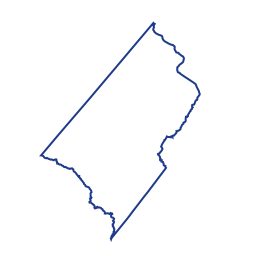 Guarantã do Norte, Mato Grosso, Brazil, rotated 306°
{"feature_id": "56859067B35045654175735", "entity_name": "Guarantã do Norte", "entity_type": "district", "adm_level": 2, "iso_a3": "BRA", "parent_name": "Brazil", "parent_adm1": "Mato Grosso", "projection": "mercator", "projection_center": [-54.654, -9.78], "detail": "fine", "context": "isolated", "style": "outline", "palette": "blue", "viewbox_px": 256, "rotation_deg": 306, "n_neighbors": 0, "source": "geoboundaries", "source_scale": "gbopen_adm2", "svg_char_len": 5194}
<svg xmlns="http://www.w3.org/2000/svg" viewBox="0 0 256 256"><g transform="rotate(306 128 128)"><path d="M129.1,79.6L105.9,77.7L81.1,75.7L54.7,73.8L55.1,74.5L55.3,75.4L55.5,76.0L55.2,77.0L54.9,77.9L55.0,78.8L55.4,79.3L55.7,80.0L56.2,80.1L56.3,81.1L56.4,82.1L56.6,82.7L56.8,83.5L57.1,84.2L57.7,84.9L57.9,85.5L58.1,86.6L58.7,87.0L59.4,87.3L60.0,87.9L60.4,88.5L59.8,89.2L59.2,89.4L58.9,90.4L58.1,91.0L57.6,91.7L58.2,92.1L58.1,92.8L58.1,93.4L58.2,94.1L58.8,94.9L59.0,95.9L58.8,97.0L59.2,97.8L58.9,98.8L59.0,99.6L59.9,100.5L59.8,101.1L59.8,101.7L60.0,102.4L60.0,103.1L60.4,103.6L60.5,104.2L60.6,104.9L61.3,105.3L61.9,105.7L62.0,106.3L62.5,106.7L62.3,107.4L62.4,108.0L61.7,108.7L61.3,109.2L61.0,109.8L61.1,111.1L61.1,111.7L60.4,113.5L60.3,114.1L60.1,114.7L59.8,115.7L60.4,116.7L59.4,117.1L59.6,117.8L59.4,118.4L58.9,119.1L59.1,119.9L58.5,120.7L58.3,122.1L58.2,122.6L57.8,123.1L57.7,123.7L57.6,124.5L56.9,125.2L56.8,126.5L56.6,127.1L56.1,127.7L56.1,128.3L56.4,129.1L56.5,129.8L56.9,130.8L56.9,131.7L56.4,132.5L56.1,133.5L55.9,134.3L55.4,135.4L54.6,136.2L53.8,136.0L53.3,136.1L52.4,136.6L51.8,137.2L51.3,137.6L50.7,137.9L50.4,138.6L50.3,139.3L49.7,139.4L49.1,138.8L48.4,138.8L48.1,139.5L47.7,140.1L47.1,140.6L46.4,140.5L45.6,140.2L45.1,140.8L45.8,141.4L45.8,142.2L45.7,143.1L45.8,143.8L45.5,144.6L45.7,145.1L45.6,145.7L45.5,146.3L45.1,146.9L44.5,147.4L43.8,147.6L43.5,148.4L44.0,149.1L44.7,149.4L45.5,149.9L45.8,149.3L46.3,149.6L46.2,150.5L46.5,151.3L47.0,151.6L47.3,152.5L47.4,153.2L47.1,154.1L47.3,155.1L46.6,156.0L46.6,156.9L46.6,157.7L46.4,158.5L45.9,159.2L45.2,159.5L45.5,160.2L46.1,160.6L46.6,161.1L47.0,161.6L47.3,162.2L47.5,162.9L47.6,163.7L48.3,164.0L49.0,163.9L49.1,164.6L49.5,165.3L49.1,165.8L48.5,165.3L47.5,165.7L46.5,166.3L46.1,167.0L46.3,167.9L46.6,168.4L46.6,169.2L46.4,170.1L45.7,170.4L45.0,170.4L44.2,170.3L43.8,171.0L43.9,171.8L43.1,172.2L42.0,172.4L41.1,172.2L40.7,173.0L39.8,173.1L39.4,173.9L39.3,174.8L38.7,175.3L38.2,175.9L38.1,176.5L37.4,176.8L36.5,177.1L36.2,177.7L35.3,177.4L34.7,178.0L33.8,178.4L33.0,178.0L32.2,178.3L31.4,178.3L30.7,178.3L30.0,178.6L29.1,179.4L52.5,180.6L54.7,180.7L57.0,180.8L58.3,180.8L64.5,180.9L67.7,181.0L71.6,181.1L75.1,181.2L75.7,181.2L82.9,181.4L86.6,181.6L89.4,181.7L92.1,181.7L94.9,181.8L97.7,181.8L100.5,181.9L103.2,181.9L105.7,182.0L108.2,182.0L111.0,182.1L113.4,182.1L115.7,182.2L118.1,182.2L118.4,181.4L118.7,180.8L119.3,180.4L118.9,179.5L118.9,178.8L119.3,178.4L119.8,178.0L120.2,177.5L120.5,177.0L121.0,176.5L121.0,175.8L120.5,175.0L121.6,174.3L121.0,173.8L120.8,173.0L121.4,172.4L122.2,172.5L122.5,171.7L123.1,171.1L123.5,170.5L123.9,169.9L124.1,169.0L124.2,167.8L124.8,167.5L125.9,168.3L126.6,168.4L127.4,168.3L128.2,168.5L129.4,168.5L130.2,168.3L130.8,168.4L131.5,168.0L132.0,167.2L132.1,166.4L132.5,165.7L133.9,165.4L134.7,165.2L136.2,165.0L136.8,165.0L137.5,164.9L138.4,164.8L139.1,165.0L139.8,164.5L140.3,164.9L140.9,165.0L141.4,164.8L142.3,164.8L143.2,164.7L143.9,164.4L144.2,165.1L144.4,165.9L144.9,166.6L145.2,167.1L145.6,168.1L146.5,167.8L147.0,168.2L146.8,169.3L147.7,168.6L148.4,168.9L148.8,169.6L149.9,169.7L151.0,169.9L151.9,169.8L152.7,170.0L153.4,169.7L154.0,169.0L154.5,169.4L155.1,170.1L155.5,170.5L156.3,170.7L157.3,171.1L157.9,171.1L158.6,170.8L159.2,170.4L160.0,170.4L160.6,170.3L161.5,170.1L162.1,169.9L162.9,170.0L163.9,170.4L164.6,170.1L165.0,169.7L165.7,170.1L166.4,170.6L167.1,170.6L168.0,170.3L168.7,169.7L169.5,169.1L170.4,168.7L171.2,168.2L171.7,168.5L171.8,169.4L172.9,169.5L173.5,169.1L174.2,168.8L174.8,168.7L175.4,168.7L177.1,168.5L177.8,168.4L178.4,168.7L179.3,168.2L180.0,168.3L180.6,168.6L181.3,168.2L182.7,168.3L182.9,167.5L183.3,167.0L184.3,166.4L184.9,166.7L185.3,167.2L185.9,167.7L187.2,167.4L187.7,167.2L189.4,166.8L190.3,166.7L191.2,167.3L191.8,167.3L192.8,166.5L193.4,166.3L194.6,166.3L195.6,166.4L197.2,166.3L197.7,166.0L198.4,165.0L198.8,164.4L199.3,163.9L199.9,162.9L200.2,162.4L200.4,161.8L200.7,161.3L201.1,160.4L201.6,159.5L202.0,158.9L202.5,158.2L202.8,157.6L203.3,156.8L203.1,149.8L203.0,149.1L203.0,147.7L202.8,144.3L202.6,138.4L202.9,137.7L202.9,136.9L202.5,136.2L202.5,135.5L203.2,134.6L203.5,134.1L204.1,133.5L205.0,133.0L206.1,132.2L206.7,132.3L207.3,132.5L208.0,132.6L209.0,132.5L209.7,132.6L210.6,132.9L211.3,133.2L211.9,133.4L212.5,133.5L213.3,133.7L213.9,133.7L214.6,133.5L215.4,133.1L216.5,132.7L217.3,132.2L217.7,131.6L218.1,130.7L218.2,129.9L217.9,128.6L218.1,127.9L218.1,127.1L218.0,126.0L218.4,124.7L218.2,124.0L217.8,123.4L217.6,122.8L217.7,122.1L218.2,121.4L218.7,120.0L219.1,119.5L219.7,118.9L220.2,118.6L220.9,118.3L221.5,117.4L221.4,116.5L221.5,115.8L221.4,115.2L221.0,114.3L220.7,113.7L220.5,112.9L220.4,111.9L220.2,111.3L220.1,110.5L220.0,109.3L219.9,108.4L219.7,107.4L219.7,106.7L219.8,106.0L219.9,105.3L220.1,104.6L220.4,103.9L220.7,103.4L221.1,103.0L222.0,102.1L222.3,101.6L222.4,101.0L222.0,99.7L221.8,98.9L221.6,98.4L221.4,97.7L221.3,96.4L221.1,95.8L221.0,94.9L221.2,94.0L221.2,93.1L221.5,92.4L222.0,91.7L222.1,90.9L222.9,90.3L223.5,90.0L224.1,90.0L224.9,89.8L225.3,89.2L225.7,88.5L226.5,88.6L227.9,88.4L227.7,87.6L227.9,86.8L191.2,84.1L190.7,84.1L129.1,79.6ZM29.1,179.4L28.5,179.1L28.1,179.7L29.1,179.4Z" fill="none" stroke="#1e3a8a" stroke-width="2"/></g></svg>